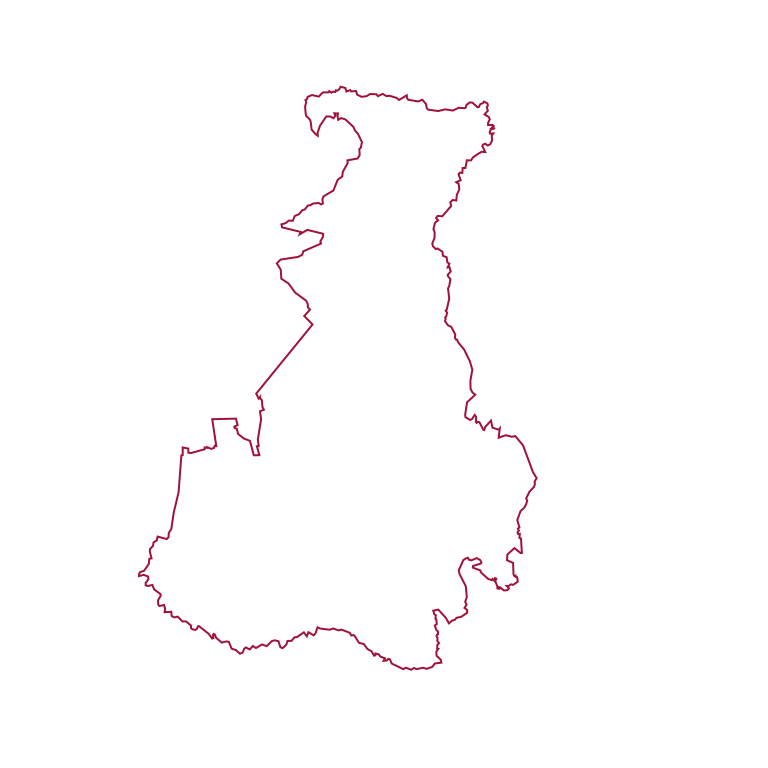 outline of Tepexi de Rodríguez, Puebla, Mexico, rotated 196°
{"feature_id": "50627088B28882077740120", "entity_name": "Tepexi de Rodríguez", "entity_type": "district", "adm_level": 2, "iso_a3": "MEX", "parent_name": "Mexico", "parent_adm1": "Puebla", "projection": "natural_earth1", "projection_center": [-97.929, 18.474], "detail": "fine", "context": "isolated", "style": "outline", "palette": "rose", "viewbox_px": 768, "rotation_deg": 196, "n_neighbors": 0, "source": "geoboundaries", "source_scale": "gbopen_adm2", "svg_char_len": 6141}
<svg xmlns="http://www.w3.org/2000/svg" viewBox="0 0 768 768"><g transform="rotate(196 384 384)"><path d="M520.3,470.4L514.8,465.5L511.7,456.9L503.5,454.3L494.5,447.3L481.8,442.6L479.1,439.5L478.5,437.0L475.6,435.1L479.4,427.4L469.1,421.5L504.2,339.5L500.4,335.4L499.6,337.3L499.4,336.3L497.0,334.9L494.4,328.2L492.4,326.2L495.7,323.6L492.4,316.2L490.0,296.0L487.4,289.8L489.0,289.1L484.2,281.2L489.5,279.6L497.2,292.4L503.8,293.0L510.5,295.8L513.2,300.4L515.5,300.6L516.1,301.8L513.4,304.2L516.8,309.9L539.4,302.8L528.1,278.1L529.7,278.0L529.7,275.8L532.2,274.0L536.4,274.6L536.2,273.9L538.9,273.6L538.4,271.9L550.7,264.3L553.1,264.1L554.4,268.0L560.0,267.5L557.9,260.2L559.1,259.6L551.6,223.2L550.7,202.6L548.5,186.2L549.8,181.5L548.9,177.3L550.1,175.1L559.6,174.9L559.3,171.0L561.9,168.2L561.4,164.7L563.4,160.9L563.0,158.5L559.4,152.3L561.4,151.3L560.5,146.2L563.1,138.4L566.5,136.0L567.1,134.0L566.6,131.8L562.4,134.3L557.8,133.9L556.6,131.4L558.3,127.1L557.6,124.8L555.4,124.7L551.2,127.0L548.5,123.3L540.9,120.4L540.3,118.9L541.6,113.8L540.2,109.7L538.7,108.7L534.5,110.9L532.4,107.6L532.0,104.2L525.7,106.4L524.1,102.4L521.1,101.9L518.2,103.5L512.3,100.2L508.9,101.2L502.8,98.6L502.3,96.2L500.6,95.4L497.6,95.6L496.4,97.0L495.9,100.0L495.0,100.2L483.6,95.5L479.1,92.0L478.0,92.6L479.2,95.6L478.9,96.8L477.5,96.5L475.5,93.8L468.6,90.7L464.6,93.1L462.1,93.4L457.5,87.6L453.1,87.4L448.1,85.0L445.8,87.0L445.4,90.9L444.2,92.7L439.9,91.8L437.8,96.0L434.3,94.9L429.5,100.0L424.5,99.7L421.0,105.9L418.6,107.4L414.6,107.7L411.1,102.5L408.7,102.1L406.1,106.3L405.9,110.4L402.1,111.6L400.2,115.8L397.8,116.8L392.6,123.2L388.6,120.2L388.2,124.6L382.3,123.0L381.1,125.6L380.8,131.8L378.2,131.3L368.6,132.8L365.4,135.0L360.0,134.6L357.0,136.2L348.4,135.4L346.0,133.2L344.1,134.3L342.9,133.8L336.6,128.3L331.8,128.5L326.9,124.7L322.4,123.7L318.7,120.1L317.5,120.8L318.0,122.6L314.6,122.7L312.2,120.9L307.4,120.6L308.1,117.8L305.1,119.0L304.2,120.9L302.5,121.0L299.5,117.4L286.9,115.2L284.8,117.3L279.1,116.8L276.9,119.3L274.1,118.9L268.3,122.0L264.4,122.0L259.6,125.4L258.1,129.3L252.0,132.0L253.3,134.5L258.6,137.3L259.9,141.1L258.8,144.4L260.0,144.3L260.8,148.2L259.6,150.0L262.1,151.9L262.6,154.9L263.9,155.8L264.1,157.5L263.1,158.2L263.8,160.9L265.9,162.1L268.6,165.8L267.1,167.8L268.9,172.2L269.8,172.4L270.5,176.1L272.1,176.5L274.2,179.7L269.6,182.1L260.3,176.4L255.6,171.8L253.4,175.3L250.8,177.0L249.9,179.2L245.7,181.4L241.1,186.9L241.7,189.7L244.9,191.0L243.8,194.7L245.9,197.0L245.7,202.0L249.6,212.1L258.9,222.0L260.8,225.5L259.2,236.6L257.3,238.8L255.5,240.1L253.9,238.5L251.3,238.6L246.9,242.2L243.0,241.3L241.1,239.1L241.3,238.2L248.3,233.6L248.0,232.0L239.8,231.3L239.1,229.7L230.3,225.4L226.4,225.1L226.0,226.5L223.9,225.4L224.0,227.9L222.4,227.8L222.6,224.9L219.2,220.7L218.7,218.8L216.8,218.9L217.5,220.5L216.5,220.6L211.7,218.6L208.6,219.9L207.5,222.0L210.3,223.7L208.6,224.1L206.8,226.4L204.5,226.5L200.9,230.9L202.8,235.0L204.2,234.9L204.7,236.1L205.6,235.3L207.0,236.6L210.6,247.6L217.2,248.5L218.4,254.1L213.4,262.2L206.0,259.1L204.9,259.6L209.7,273.2L211.4,273.4L212.1,277.3L213.6,276.7L214.8,278.2L213.9,280.2L215.4,281.8L214.3,283.5L218.4,290.0L217.7,299.5L215.2,303.6L214.2,307.4L214.2,311.3L215.8,313.3L214.5,320.5L211.5,326.4L211.3,329.0L212.3,331.8L211.3,335.6L216.5,340.3L233.4,363.3L243.4,370.1L246.6,368.5L252.9,368.3L259.0,364.0L260.5,373.3L261.3,371.7L267.6,371.9L271.1,378.3L274.9,370.5L274.9,367.4L275.8,367.3L281.8,373.6L283.3,373.5L284.2,372.2L285.2,372.7L286.3,377.8L288.3,379.3L289.6,374.8L291.1,373.2L296.5,374.5L297.5,376.7L299.1,389.4L293.3,398.9L296.6,400.2L299.4,403.1L301.9,411.1L303.0,422.0L307.7,429.5L316.5,439.2L324.6,444.8L325.8,446.7L327.2,446.6L328.7,448.2L329.1,451.1L335.1,457.5L338.6,458.0L342.7,461.2L342.7,463.6L343.6,464.9L342.8,466.1L343.0,470.0L344.9,471.4L344.2,472.6L344.8,484.0L348.8,493.5L348.3,496.4L349.1,503.2L352.4,505.4L352.8,506.6L350.9,510.6L353.4,514.5L354.9,513.7L354.3,517.6L356.6,518.4L358.8,523.1L362.7,523.5L364.2,527.2L369.7,529.0L371.4,528.0L374.8,529.8L376.3,532.3L375.7,538.5L377.1,543.7L379.2,546.7L379.4,553.1L377.1,556.2L379.7,558.0L378.8,560.3L374.2,561.3L368.5,573.7L370.4,576.9L368.7,579.8L365.1,580.3L366.1,585.9L365.3,592.0L367.4,597.0L370.2,597.9L366.5,601.0L370.2,606.2L369.3,608.1L366.9,608.5L367.9,613.3L365.3,614.1L366.0,621.9L362.0,622.9L361.0,626.2L357.1,631.1L354.0,634.2L350.6,634.9L355.1,639.8L354.8,641.5L352.9,642.9L350.2,641.8L348.0,643.7L347.2,647.9L348.9,652.5L348.0,655.0L351.0,653.9L351.8,655.1L351.6,658.1L347.7,660.4L351.2,659.6L349.7,662.3L351.1,662.9L355.3,661.6L355.9,663.6L355.3,667.7L356.8,669.5L361.7,670.9L359.5,675.3L361.5,678.5L360.9,680.4L361.9,682.2L365.8,683.0L366.3,681.3L368.6,679.5L369.2,676.4L370.3,675.8L376.6,678.8L379.0,678.4L381.6,675.1L381.8,671.9L382.7,671.3L388.5,670.0L393.2,665.8L400.8,664.9L407.2,661.3L417.2,659.9L418.9,660.9L420.8,664.7L425.5,667.8L429.2,665.0L439.0,663.9L440.7,665.2L441.7,667.8L447.8,661.2L450.8,662.5L458.0,662.6L461.0,661.4L465.2,662.5L469.2,659.0L471.1,660.4L477.3,658.9L480.2,655.8L484.7,653.9L489.5,654.7L491.7,657.9L496.3,656.2L497.4,657.2L500.7,654.8L502.8,657.9L507.7,657.8L508.0,655.6L509.6,653.1L511.2,653.1L511.3,651.3L513.7,650.9L515.0,649.5L517.3,650.5L517.9,649.0L523.2,647.4L525.9,642.3L532.9,641.9L536.7,638.8L536.4,637.0L537.8,635.2L536.5,633.8L536.3,628.9L533.8,622.3L532.6,620.2L528.3,617.9L526.8,616.0L523.7,608.6L519.2,605.6L516.1,604.4L517.1,607.2L516.7,614.7L513.2,625.3L509.4,626.3L505.7,625.6L504.7,628.5L506.4,630.5L502.8,631.4L502.6,628.9L500.8,625.3L498.5,627.8L494.1,627.7L484.4,622.8L481.7,619.6L478.0,617.3L471.9,610.5L471.4,604.8L472.5,603.0L470.5,597.5L471.5,593.5L480.8,588.9L479.8,586.3L482.1,576.5L481.3,572.0L484.8,567.6L486.0,556.0L493.8,547.8L494.1,544.4L492.5,540.8L493.9,539.3L496.6,540.0L502.3,537.7L504.0,535.6L506.3,534.6L508.3,529.9L510.4,528.6L512.5,523.8L516.1,520.9L516.6,515.8L520.6,514.8L522.9,511.5L526.6,509.2L525.2,506.5L506.0,507.2L506.3,504.6L500.2,511.0L484.6,511.6L483.8,511.4L483.3,508.5L484.5,503.5L483.3,501.6L498.2,489.3L498.2,485.7L501.6,482.5L517.7,475.1L520.3,470.4Z" fill="none" stroke="#9f1239" stroke-width="2"/></g></svg>